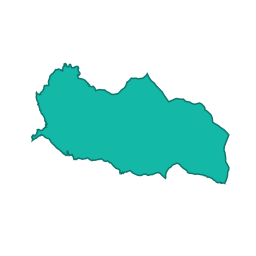 outline of Repedea, Maramures, Romania, rotated 75°
{"feature_id": "2599482B52197218257293", "entity_name": "Repedea", "entity_type": "district", "adm_level": 2, "iso_a3": "ROU", "parent_name": "Romania", "parent_adm1": "Maramures", "projection": "equal_earth", "projection_center": [24.385, 47.886], "detail": "fine", "context": "isolated", "style": "filled", "palette": "teal", "viewbox_px": 256, "rotation_deg": 75, "n_neighbors": 0, "source": "geoboundaries", "source_scale": "gbopen_adm2", "svg_char_len": 5792}
<svg xmlns="http://www.w3.org/2000/svg" viewBox="0 0 256 256"><g transform="rotate(75 128 128)"><path d="M115.3,223.6L114.2,221.0L114.1,219.4L112.7,216.6L112.5,215.9L112.8,215.0L112.6,214.2L112.4,213.9L111.9,213.7L111.8,213.2L112.8,212.6L113.2,211.7L114.6,211.1L116.3,209.6L117.1,208.6L117.6,207.6L118.4,206.8L122.1,205.8L122.8,205.3L123.6,205.0L125.3,203.7L125.9,203.6L127.1,202.8L128.7,202.1L130.8,200.2L131.8,199.5L132.8,199.0L133.3,198.5L133.8,198.2L135.5,197.4L136.0,197.0L135.9,196.7L136.4,196.8L137.0,196.0L137.7,195.7L138.1,195.1L138.4,195.0L138.3,194.4L138.6,194.0L138.4,193.8L138.4,193.2L135.3,193.1L135.3,192.7L134.7,192.3L134.8,192.2L135.5,192.5L136.8,192.6L137.1,192.5L136.8,192.1L139.4,192.0L139.3,191.7L139.0,191.4L138.8,191.1L139.5,190.3L139.6,189.3L139.1,189.0L139.4,188.7L141.0,188.6L141.6,188.3L142.7,188.4L144.4,188.3L144.3,187.5L144.7,187.1L144.6,186.5L145.1,186.1L144.5,184.7L144.1,184.2L144.5,183.4L144.6,182.6L145.0,182.4L145.1,181.9L146.0,180.8L146.4,179.8L146.3,178.9L146.4,178.5L146.7,176.6L146.6,176.1L146.4,175.8L146.2,175.2L146.8,174.3L148.7,173.1L149.5,171.9L150.2,171.3L149.9,170.2L150.3,169.4L150.5,168.7L150.7,164.5L151.0,163.7L150.7,162.4L151.0,162.1L151.2,161.3L151.8,160.7L153.4,159.9L153.7,159.6L154.3,158.5L154.6,157.5L154.5,156.3L155.1,155.6L156.0,155.2L156.8,154.6L157.0,153.9L157.4,153.4L160.9,151.8L163.7,150.1L164.2,149.6L164.4,149.0L164.9,148.3L166.4,146.9L167.9,147.0L169.1,147.5L170.0,147.3L169.9,146.9L170.4,146.3L169.7,146.0L169.3,144.8L170.1,144.9L170.6,144.6L170.6,144.3L169.7,142.7L169.8,140.9L170.2,140.6L169.9,139.7L169.6,137.2L169.9,136.8L172.8,134.9L176.1,130.8L176.7,129.6L177.1,128.2L177.2,127.4L176.8,125.1L177.0,123.4L177.3,122.6L178.6,121.4L179.0,120.6L178.9,117.9L179.3,116.4L178.9,114.0L178.8,113.0L178.6,112.5L178.8,111.5L178.8,110.4L179.0,109.9L179.6,109.5L179.8,108.9L180.0,108.7L181.6,107.9L185.3,105.6L186.3,104.8L185.4,104.3L183.0,103.8L181.4,103.0L180.3,102.0L179.4,101.4L177.4,98.9L177.2,98.5L177.2,97.8L177.0,97.5L177.0,97.0L175.5,95.1L175.1,93.5L174.9,91.1L174.6,90.2L174.7,89.8L176.0,88.0L177.2,87.2L178.2,86.9L181.2,85.0L183.6,82.8L185.1,82.0L186.5,81.8L187.4,80.8L188.4,78.0L190.2,74.9L190.3,73.3L190.7,72.0L191.7,70.2L192.6,67.6L193.0,67.5L193.5,67.0L194.0,66.0L194.1,65.3L195.9,64.2L196.5,62.3L197.5,61.1L198.0,60.3L198.7,59.7L200.3,58.8L201.2,57.6L203.1,56.6L204.2,55.3L204.2,55.0L204.1,54.2L204.3,53.4L204.5,53.5L204.7,53.3L204.7,52.5L204.9,52.5L205.0,52.8L205.5,52.2L205.3,51.8L205.7,51.3L205.7,50.0L206.5,48.9L206.2,48.9L204.7,47.3L200.4,44.5L195.6,42.8L195.3,42.2L194.8,41.7L192.4,40.8L187.0,42.0L186.4,42.3L185.5,42.4L182.6,41.5L177.1,40.8L173.9,41.0L170.5,39.6L160.8,32.4L157.7,33.9L154.7,35.6L151.3,38.6L148.7,40.5L146.1,43.2L144.4,44.7L143.3,44.5L143.1,44.6L141.1,44.2L137.8,44.2L135.8,45.0L133.6,46.4L132.4,47.1L130.3,49.0L129.2,48.7L127.2,48.8L123.9,50.7L122.4,52.4L122.4,57.4L121.2,59.5L118.8,61.9L117.7,64.5L116.8,65.8L114.5,66.9L114.0,69.3L112.0,73.8L112.3,75.8L112.3,76.4L112.7,77.2L112.6,78.0L113.2,81.5L113.1,82.0L105.0,84.9L101.7,85.8L97.0,88.5L96.3,88.7L95.0,89.8L93.8,90.1L91.3,91.1L88.4,93.3L85.9,94.2L85.4,94.5L80.6,95.4L81.2,96.1L81.5,96.3L82.2,97.3L83.8,100.9L83.0,105.9L82.3,106.7L81.8,107.8L81.7,109.3L81.6,109.9L80.7,111.7L80.7,111.9L82.7,114.7L83.3,116.4L83.4,117.0L86.4,118.9L88.4,121.0L89.5,124.3L92.0,128.1L92.2,129.4L92.0,132.2L91.9,133.0L91.1,135.4L88.7,137.4L87.7,138.9L85.3,140.6L85.1,141.0L85.1,141.4L84.9,141.7L84.9,142.2L84.6,142.7L84.6,143.4L84.0,144.2L83.5,145.6L83.4,147.7L83.6,149.6L81.2,149.7L80.3,149.9L79.6,150.3L79.0,150.9L78.6,151.0L78.8,152.4L78.7,152.8L77.7,153.9L77.4,154.6L77.2,154.3L76.7,154.1L76.1,154.1L75.1,155.4L74.5,155.0L74.0,155.3L73.9,155.5L70.8,157.2L69.0,159.2L68.3,160.7L67.8,161.4L67.6,162.4L67.1,163.2L65.8,163.0L64.7,163.2L63.8,163.0L64.1,162.6L63.9,162.3L64.2,162.2L64.3,161.6L64.0,161.0L63.1,160.3L62.1,160.4L62.1,160.5L62.0,160.8L61.3,160.7L59.9,161.3L59.3,161.1L58.5,161.2L58.1,161.1L57.9,160.5L57.5,160.2L56.6,160.5L56.2,160.3L55.6,160.6L55.4,160.8L55.2,162.6L55.1,163.0L55.4,163.2L55.4,163.7L55.9,164.3L55.5,165.0L55.4,166.5L55.0,166.9L54.4,166.9L54.0,166.8L53.0,167.1L51.8,167.1L51.5,167.7L51.6,168.2L53.5,169.4L53.3,170.6L52.2,171.1L51.4,171.0L50.6,171.4L49.8,171.5L49.5,171.8L49.6,172.5L49.7,173.1L50.0,173.2L50.7,173.0L50.9,172.7L51.3,172.6L51.8,173.1L51.6,173.2L51.2,173.1L51.0,173.5L51.6,173.8L52.0,174.6L52.9,175.1L54.6,176.3L54.9,176.4L55.4,176.0L55.7,176.1L55.8,176.6L55.6,177.2L54.8,177.6L53.8,178.8L53.5,179.4L53.1,179.6L53.1,180.2L53.3,180.8L53.2,181.4L53.2,181.6L53.2,182.0L52.9,182.7L53.4,183.5L54.4,184.2L55.0,184.9L54.9,185.5L55.9,186.3L56.1,187.4L56.3,187.9L57.7,189.9L59.7,190.9L62.0,192.5L62.9,192.9L63.6,193.1L65.0,193.1L66.1,193.3L66.3,193.8L66.0,194.7L66.0,195.2L65.6,195.5L65.9,196.1L65.6,197.5L65.4,197.7L65.5,197.8L66.0,198.2L68.1,199.0L68.9,199.9L69.8,200.1L71.7,203.8L73.0,203.7L72.9,204.9L72.3,205.5L72.0,206.3L71.3,206.7L69.9,207.2L70.0,207.3L71.2,207.6L72.5,207.8L74.2,208.6L74.9,208.7L75.8,208.7L77.5,208.8L81.2,207.9L81.4,208.1L81.3,208.6L81.6,208.9L81.9,209.0L83.6,208.2L84.8,208.4L85.9,208.3L86.2,208.1L88.1,208.5L89.5,207.8L91.1,208.0L93.5,206.8L95.7,206.1L97.6,206.0L99.9,206.4L100.7,205.4L101.0,205.5L101.2,205.9L101.7,205.8L101.9,206.0L103.0,205.1L103.5,205.4L103.9,206.0L103.6,206.5L104.4,206.4L104.3,206.8L104.4,207.0L105.6,207.4L106.0,207.0L106.1,208.3L106.7,209.1L106.8,209.5L106.7,209.8L107.3,210.1L108.0,211.2L107.8,212.6L107.8,213.1L107.3,213.5L107.1,214.0L106.5,214.3L106.2,214.9L106.2,216.1L107.9,216.3L108.5,217.1L109.1,217.2L109.7,217.5L111.2,219.3L111.6,220.1L111.0,220.3L110.9,220.6L110.6,220.7L110.3,221.7L110.6,222.2L111.0,222.1L111.6,222.5L111.6,223.1L111.7,223.3L112.8,223.2L112.6,222.9L113.2,222.8L114.6,223.2L115.3,223.6Z" fill="#14b8a6" stroke="#0f766e" stroke-width="1.5"/></g></svg>